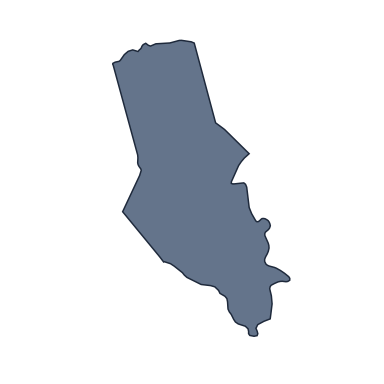 the border of Rumphi, rotated 255°
{"feature_id": "MWI-1903", "entity_name": "Rumphi", "entity_type": "District", "adm_level": 1, "iso_a3": "MWI", "parent_name": "Malawi", "parent_adm1": "", "projection": "mercator", "projection_center": [33.827, -10.78], "detail": "fine", "context": "isolated", "style": "filled", "palette": "slate", "viewbox_px": 384, "rotation_deg": 255, "n_neighbors": 0, "source": "natural_earth", "source_scale": "10m", "svg_char_len": 1757}
<svg xmlns="http://www.w3.org/2000/svg" viewBox="0 0 384 384"><g transform="rotate(255 192 192)"><path d="M335.9,148.5L336.7,148.8L337.3,151.3L337.1,155.5L337.7,156.8L342.3,162.3L344.4,166.8L344.6,171.5L341.7,176.2L343.1,178.2L343.4,179.2L344.4,180.4L345.8,181.4L347.0,183.0L347.6,185.8L345.0,187.8L343.7,189.7L344.5,195.4L341.7,209.1L341.7,218.9L341.2,221.1L337.3,230.1L335.3,232.7L335.2,232.7L334.2,232.7L252.7,232.7L244.0,239.6L214.2,257.1L211.3,251.4L208.6,247.5L205.5,243.9L191.7,232.7L190.1,232.2L189.3,233.4L188.9,234.9L187.4,244.4L185.6,245.7L182.5,246.1L162.2,243.2L155.6,244.0L147.7,246.1L146.6,246.8L146.2,248.1L146.6,249.5L147.3,250.8L147.8,251.7L148.2,252.7L148.0,254.0L147.3,255.6L145.9,257.1L144.5,258.2L142.7,258.8L141.0,259.0L139.1,258.9L137.1,257.6L135.9,256.1L134.2,252.5L132.9,251.5L131.0,251.1L122.8,252.4L120.5,252.4L117.9,251.9L114.9,250.3L112.7,248.6L110.4,246.4L108.3,244.8L106.1,244.2L103.2,244.8L101.7,245.9L100.5,247.4L97.8,252.1L96.6,253.7L93.3,257.1L89.6,260.3L85.2,263.5L83.3,264.1L81.5,263.6L80.8,261.4L81.0,259.6L81.7,257.8L82.4,256.1L82.8,254.0L82.9,251.8L82.3,248.0L81.4,244.2L80.2,242.9L78.4,242.0L71.2,241.8L63.2,240.4L53.3,236.4L49.2,234.7L48.5,228.1L46.9,221.2L43.8,218.5L40.8,218.9L38.1,218.9L36.4,217.7L36.6,214.6L38.5,210.7L40.5,210.0L42.8,210.6L45.4,210.7L48.6,208.7L52.6,202.5L55.2,200.3L58.2,199.3L63.6,198.2L66.6,197.0L69.6,196.5L76.7,197.9L80.0,198.1L82.8,196.8L86.8,192.8L90.0,192.2L94.5,189.5L96.8,185.7L100.3,176.9L110.8,165.0L113.7,163.1L116.5,161.9L124.9,155.7L128.3,152.7L131.8,147.3L131.7,146.5L137.8,144.0L190.9,119.9L221.5,145.7L226.1,148.6L227.6,148.5L230.2,147.5L232.3,147.0L234.3,147.1L239.0,148.6L241.8,149.1L335.0,148.7L335.9,148.5Z" fill="#64748b" stroke="#1e293b" stroke-width="1.5"/></g></svg>